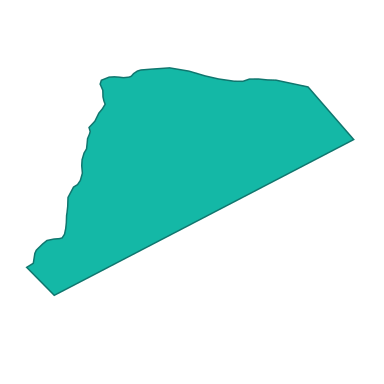 the district of Mataluafata, Tuvalu, rotated 279°
{"feature_id": "33948139B35495729479107", "entity_name": "Mataluafata", "entity_type": "district", "adm_level": 2, "iso_a3": "TUV", "parent_name": "Tuvalu", "parent_adm1": "", "projection": "equal_earth", "projection_center": [176.114, -5.671], "detail": "fine", "context": "isolated", "style": "filled", "palette": "teal", "viewbox_px": 384, "rotation_deg": 279, "n_neighbors": 0, "source": "geoboundaries", "source_scale": "gbopen_adm2", "svg_char_len": 904}
<svg xmlns="http://www.w3.org/2000/svg" viewBox="0 0 384 384"><g transform="rotate(279 192 192)"><path d="M269.1,343.5L313.9,290.2L315.6,257.6L314.5,248.9L314.0,240.0L312.5,231.0L309.3,225.0L308.0,216.3L307.8,200.5L308.7,187.0L310.9,170.0L311.1,150.5L306.9,132.3L304.5,122.4L302.9,119.1L299.8,115.8L296.9,114.0L295.6,111.9L294.2,106.5L294.0,101.8L293.6,97.3L292.5,92.2L288.2,85.0L284.2,84.4L278.5,88.0L275.4,88.6L272.0,89.2L268.3,90.7L265.1,92.5L260.0,90.4L255.4,87.7L246.7,85.0L239.6,80.2L235.8,82.0L233.2,81.7L228.3,80.5L224.1,80.8L218.1,81.1L213.6,79.3L206.7,78.4L200.7,79.0L193.4,80.8L185.9,79.9L181.4,77.8L178.3,74.2L167.2,70.4L158.3,71.5L152.1,71.8L149.2,71.8L141.9,72.7L136.1,73.0L130.3,72.7L126.3,70.9L125.2,68.3L123.9,62.9L121.4,56.3L117.4,52.7L113.0,49.4L110.1,47.3L106.8,46.4L102.1,46.4L96.8,46.4L91.7,40.5L68.4,72.1L269.1,343.5Z" fill="#14b8a6" stroke="#0f766e" stroke-width="1.5"/></g></svg>